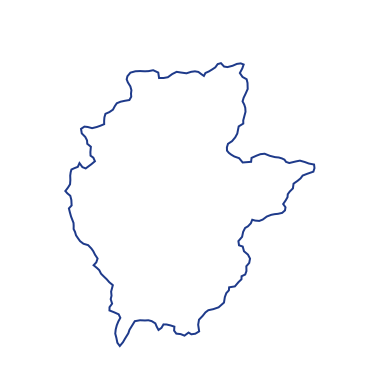 outline of Pains, Minas Gerais, Brazil, rotated 249°
{"feature_id": "56859067B98471010335506", "entity_name": "Pains", "entity_type": "district", "adm_level": 2, "iso_a3": "BRA", "parent_name": "Brazil", "parent_adm1": "Minas Gerais", "projection": "natural_earth1", "projection_center": [-45.694, -20.398], "detail": "fine", "context": "isolated", "style": "outline", "palette": "blue", "viewbox_px": 384, "rotation_deg": 249, "n_neighbors": 0, "source": "geoboundaries", "source_scale": "gbopen_adm2", "svg_char_len": 3096}
<svg xmlns="http://www.w3.org/2000/svg" viewBox="0 0 384 384"><g transform="rotate(249 192 192)"><path d="M227.8,76.5L222.6,74.8L220.8,71.2L216.8,70.7L212.5,70.3L208.9,70.3L205.6,70.3L202.8,69.4L199.8,68.2L196.8,68.5L193.1,68.2L189.6,69.0L186.2,69.9L182.6,72.1L179.6,76.0L175.3,77.8L172.2,78.6L168.2,79.0L163.7,80.0L160.6,77.4L158.9,73.9L155.0,76.1L152.3,77.4L148.3,77.8L144.7,79.4L141.1,81.1L137.5,82.4L133.4,84.7L130.9,82.9L128.0,80.8L124.0,79.7L121.1,77.7L116.4,77.4L114.0,73.7L111.0,72.5L107.8,76.0L104.1,79.7L100.2,80.0L97.5,76.8L94.5,74.0L91.0,71.5L87.3,69.6L82.8,69.1L78.0,68.3L74.1,69.4L76.5,73.7L79.1,76.9L82.9,81.9L85.8,84.3L88.6,88.0L91.9,92.3L90.9,97.5L88.9,102.1L87.9,105.3L85.9,108.1L82.5,110.7L79.0,110.8L75.2,111.3L76.1,114.8L78.6,117.9L77.4,120.8L75.1,124.2L72.6,127.3L69.0,125.6L65.4,126.6L63.4,130.5L60.6,133.5L62.0,138.4L59.4,140.4L58.5,144.3L59.3,148.7L62.3,149.4L65.9,150.2L70.3,152.8L72.5,157.5L74.8,161.4L75.8,164.9L75.0,169.9L74.8,175.5L77.3,182.2L82.1,185.0L85.3,187.8L87.0,191.2L89.7,192.5L88.5,198.2L91.2,203.1L92.8,206.9L95.6,208.1L95.9,212.1L98.7,214.5L103.2,216.1L105.3,220.0L109.0,222.3L113.5,221.8L118.0,219.3L122.9,219.8L125.4,216.8L129.5,217.7L132.2,222.7L136.5,225.5L139.4,228.7L139.9,231.9L141.7,235.7L144.5,238.3L142.7,240.7L140.9,244.4L140.9,248.1L142.3,253.1L142.3,257.8L141.7,261.2L140.8,264.5L140.2,268.7L141.5,272.2L144.2,273.8L148.1,272.8L150.5,276.3L152.9,279.3L155.6,280.6L157.4,283.4L159.2,287.5L163.4,289.8L164.6,294.6L165.8,298.2L167.7,301.2L167.7,306.3L167.5,312.6L170.4,314.9L173.9,315.8L176.7,311.3L179.6,308.0L182.6,304.0L183.3,300.0L184.2,293.2L186.4,290.6L189.1,289.9L191.2,287.9L193.1,285.4L194.8,282.0L197.9,277.6L201.7,273.5L202.8,269.4L202.8,265.3L202.5,259.8L199.0,258.0L200.0,254.6L201.4,249.9L206.7,248.1L210.0,244.2L212.8,242.0L215.4,240.4L218.1,239.5L221.2,240.6L224.1,242.9L225.1,247.6L227.5,251.9L230.3,255.2L233.5,257.2L236.5,259.1L237.5,264.4L240.5,265.5L243.7,267.8L247.7,270.7L251.5,271.9L254.8,272.1L258.5,271.7L261.5,274.0L264.5,277.2L268.2,280.9L273.9,282.9L277.7,283.4L281.3,280.4L285.9,279.3L289.4,283.3L292.5,285.9L294.6,283.6L295.5,279.8L295.3,275.1L295.9,269.9L297.6,266.9L301.9,265.2L302.2,261.8L300.0,258.4L299.2,254.8L298.5,251.0L298.3,247.2L296.1,244.7L298.9,242.8L301.8,241.0L303.6,238.0L304.5,234.3L304.8,229.4L307.6,224.3L309.7,220.7L309.2,215.8L307.8,210.6L308.6,206.4L310.2,202.1L315.6,203.3L319.6,199.4L320.4,194.8L321.6,191.2L323.5,186.9L325.0,182.4L325.5,177.3L323.2,173.2L320.6,171.4L317.4,171.4L312.7,172.3L308.7,171.9L305.7,170.3L302.7,169.4L300.3,166.5L301.2,162.1L301.9,157.7L301.8,153.6L299.8,150.7L297.2,147.7L296.2,143.5L296.0,139.2L293.1,137.0L290.0,135.5L286.8,134.3L286.7,130.0L286.8,126.4L287.4,121.6L290.1,117.9L291.6,115.0L290.7,111.0L286.2,110.1L281.6,112.1L277.8,112.5L274.5,111.5L270.5,113.8L265.6,111.4L262.3,110.3L259.4,112.2L255.5,112.4L254.0,108.0L253.0,104.4L252.1,101.2L254.5,98.6L259.3,97.3L256.4,94.4L256.4,90.9L256.2,87.5L253.9,85.8L251.0,84.2L246.7,82.7L242.9,80.9L240.5,77.7L238.3,74.1L235.5,75.1L232.1,77.0L227.8,76.5Z" fill="none" stroke="#1e3a8a" stroke-width="2"/></g></svg>